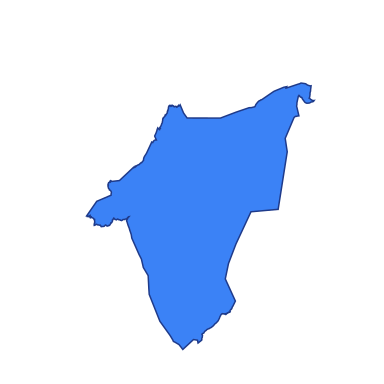 outline of Alvdal nor, Hedmark, Norway, rotated 295°
{"feature_id": "86288312B34159000507118", "entity_name": "Alvdal nor", "entity_type": "district", "adm_level": 2, "iso_a3": "NOR", "parent_name": "Norway", "parent_adm1": "Hedmark", "projection": "natural_earth1", "projection_center": [10.555, 62.097], "detail": "fine", "context": "isolated", "style": "filled", "palette": "blue", "viewbox_px": 384, "rotation_deg": 295, "n_neighbors": 0, "source": "geoboundaries", "source_scale": "gbopen_adm2", "svg_char_len": 5737}
<svg xmlns="http://www.w3.org/2000/svg" viewBox="0 0 384 384"><g transform="rotate(295 192 192)"><path d="M163.4,253.8L199.0,253.8L212.7,277.4L268.7,261.3L280.0,253.8L302.6,253.0L304.3,253.8L304.7,254.7L305.2,255.2L306.2,256.7L313.2,251.2L314.0,250.5L315.6,250.1L317.1,249.4L323.7,247.9L324.2,248.0L324.8,248.1L324.7,248.7L324.3,249.2L324.0,249.6L323.9,250.2L323.9,250.8L324.1,251.2L324.0,251.7L323.2,252.4L321.1,256.2L320.9,257.0L320.9,258.2L321.4,259.4L322.5,261.1L323.3,261.5L323.9,262.0L324.6,263.0L325.5,263.9L326.2,263.8L326.5,263.9L326.1,263.2L325.9,262.5L325.9,262.0L326.0,261.8L326.1,260.2L326.7,258.9L326.6,258.6L328.2,258.4L330.7,257.6L331.5,257.1L333.5,256.8L335.0,256.2L337.2,255.5L338.6,255.0L338.1,254.3L337.7,251.3L337.8,251.1L338.1,249.6L338.1,249.2L337.9,248.3L336.8,244.7L335.6,243.8L334.7,242.7L326.0,233.5L325.9,233.3L327.5,233.3L325.7,230.9L318.1,223.9L317.2,223.3L305.0,216.1L304.8,215.6L303.6,215.0L303.2,214.4L301.3,213.6L298.7,213.0L297.8,212.9L296.6,213.0L296.2,212.9L295.8,212.9L293.6,210.2L292.5,208.1L283.0,198.2L271.0,186.5L257.0,156.3L260.0,151.0L266.0,144.4L264.8,144.2L264.7,144.1L264.9,144.0L264.5,143.8L264.1,143.5L264.0,143.3L264.3,143.1L263.6,143.0L263.1,142.8L263.2,142.6L262.4,142.2L262.5,142.0L262.7,141.8L262.7,141.6L262.8,141.5L262.8,141.2L262.4,140.4L261.9,140.3L261.8,140.1L261.8,139.9L261.7,139.6L261.9,139.3L261.9,139.0L262.2,138.7L262.1,138.3L262.2,138.0L261.9,137.8L262.0,137.5L261.6,137.4L260.9,136.9L261.1,136.7L260.9,136.6L260.9,136.3L260.8,136.2L260.8,135.9L260.9,135.6L261.1,135.7L260.9,135.4L261.1,135.2L260.9,135.0L260.7,134.9L260.4,135.1L260.3,134.8L259.0,134.8L257.8,135.3L256.3,135.5L256.0,135.7L255.4,135.5L254.5,135.9L254.0,135.7L253.2,136.2L251.6,135.8L251.1,135.9L250.9,135.7L250.2,135.6L250.2,135.4L250.3,135.2L250.1,135.2L248.9,135.4L247.8,134.9L247.5,134.7L246.9,134.6L246.6,134.9L246.3,134.8L246.2,134.6L245.9,134.6L244.8,135.0L244.4,135.2L243.0,135.5L242.3,135.8L240.9,135.7L239.8,135.9L238.5,135.9L236.7,135.6L236.2,136.5L235.2,136.1L234.8,136.2L234.8,135.7L235.2,135.1L235.5,134.1L235.6,133.9L233.7,134.0L233.1,134.2L230.3,134.5L227.0,134.5L226.7,134.7L224.1,137.7L223.5,136.6L222.7,135.9L221.6,135.6L220.2,135.5L220.3,134.4L207.8,134.4L204.2,133.9L202.9,133.9L202.0,134.0L200.7,134.4L200.2,134.7L198.6,134.2L197.4,134.0L197.2,133.8L197.1,133.5L196.6,133.4L196.5,133.2L196.2,133.1L195.9,132.9L195.6,132.9L195.1,132.6L194.5,132.5L193.9,131.7L193.3,131.4L192.9,131.0L192.6,130.9L192.3,130.7L191.7,130.5L191.8,130.3L191.0,130.0L191.5,129.8L191.5,129.6L191.0,129.5L190.8,129.8L190.5,129.8L190.5,129.4L190.2,129.1L189.3,128.7L189.5,128.5L171.7,121.4L167.6,114.7L167.5,114.3L167.8,114.0L167.5,113.8L167.5,113.7L167.7,113.3L167.0,113.1L166.8,113.2L166.9,113.4L166.8,113.5L166.2,113.7L166.0,113.1L165.9,113.0L165.3,112.8L165.3,112.7L165.5,112.7L165.3,112.5L164.8,112.5L163.4,112.7L163.3,112.8L163.2,113.0L163.0,112.8L162.4,113.1L162.4,113.4L161.4,113.6L161.0,114.1L160.3,114.5L159.9,115.0L159.7,115.5L159.6,115.8L159.5,116.1L159.0,116.3L159.0,116.5L158.9,117.2L158.7,117.8L158.6,118.1L158.1,118.7L157.6,119.1L156.1,119.5L154.9,120.0L143.3,109.6L125.7,106.6L125.8,107.0L126.6,107.1L126.6,107.3L126.5,107.5L126.3,107.7L126.2,107.8L125.9,107.8L125.7,107.8L125.8,108.0L125.8,108.4L126.2,108.5L126.3,108.8L126.7,109.1L127.5,109.4L127.7,109.6L126.1,110.1L126.2,110.5L125.8,110.8L126.0,110.9L126.3,110.8L126.6,110.8L126.9,111.2L126.5,111.4L126.5,111.7L126.4,112.0L126.5,112.1L126.5,112.4L126.6,112.5L126.5,113.3L126.4,114.0L126.0,114.4L125.8,114.9L126.0,115.3L125.7,115.5L125.0,115.6L124.4,116.2L123.4,116.5L123.2,116.8L122.2,116.8L121.4,117.0L120.4,117.5L120.8,118.1L121.7,118.2L122.5,119.3L122.4,119.6L122.2,120.0L122.7,121.3L122.7,121.7L122.9,122.4L123.2,122.8L122.9,123.2L122.9,123.5L122.4,124.0L122.2,124.4L122.7,125.1L123.1,125.9L123.8,126.9L125.5,127.5L125.6,128.1L125.2,129.5L125.7,130.0L125.9,130.4L126.7,130.8L126.8,131.3L127.4,131.5L128.0,131.5L129.0,131.7L129.6,131.5L129.9,131.5L130.1,131.7L130.0,132.0L130.4,132.2L132.1,132.2L132.5,131.8L132.8,131.7L133.0,132.0L133.5,131.9L133.9,132.1L134.8,132.0L135.3,132.1L135.3,132.3L135.2,132.6L134.8,133.1L134.7,133.4L134.6,133.8L134.9,134.4L134.7,135.1L134.8,135.3L135.8,135.8L136.1,136.1L136.1,136.5L135.9,137.2L136.0,137.6L136.4,138.3L136.4,138.5L136.2,138.7L136.1,139.0L136.3,139.7L136.3,140.2L136.6,140.5L136.9,140.7L137.8,141.0L138.2,141.6L138.3,142.1L138.5,142.4L139.2,142.9L139.8,144.0L140.2,144.2L141.6,144.5L142.3,144.8L142.8,145.0L143.0,145.3L141.2,144.8L140.1,144.9L138.6,144.7L138.2,144.9L137.6,145.6L134.6,148.3L134.1,148.9L133.7,149.2L133.0,150.1L130.9,151.9L130.1,152.7L128.1,154.6L127.2,155.3L124.8,156.9L113.0,170.4L109.8,174.5L103.0,179.8L97.7,187.6L86.4,193.6L81.1,196.5L61.3,217.5L52.7,232.8L49.8,237.1L48.7,238.3L48.7,239.9L48.2,244.8L45.4,250.2L58.9,255.7L60.0,259.6L57.7,261.3L61.6,263.3L62.1,263.4L62.2,263.2L62.6,263.1L63.6,262.7L64.8,262.7L65.5,262.4L66.2,262.2L66.6,262.1L67.1,261.2L67.3,261.1L68.2,261.4L68.9,262.1L69.2,262.3L71.1,262.4L71.6,262.8L72.0,262.9L72.5,263.3L73.6,263.6L75.4,265.1L75.5,265.4L75.9,265.6L76.3,265.8L77.4,266.7L79.6,267.8L80.2,268.0L82.2,268.5L83.4,269.2L86.2,270.1L88.9,270.2L91.3,270.0L91.9,270.2L92.6,270.1L93.3,270.2L93.9,270.5L94.3,270.6L94.6,270.9L94.5,271.3L94.7,271.5L95.0,272.1L94.9,272.3L95.0,272.8L95.3,272.9L95.5,273.3L95.3,273.7L95.8,273.7L96.0,274.0L95.8,274.4L95.7,274.6L96.5,274.9L97.0,274.9L97.2,275.1L97.2,275.3L97.5,275.3L97.7,275.8L98.5,276.0L98.5,276.3L98.7,276.7L99.0,277.1L99.8,277.1L99.8,276.9L100.0,276.9L100.1,276.7L100.6,276.6L101.7,276.8L101.9,277.0L102.2,277.0L102.4,277.2L102.9,277.3L103.2,277.1L103.6,277.3L105.1,277.1L105.7,277.3L111.5,277.4L127.3,258.9L142.6,255.3L163.4,253.8Z" fill="#3b82f6" stroke="#1e3a8a" stroke-width="1.5"/></g></svg>